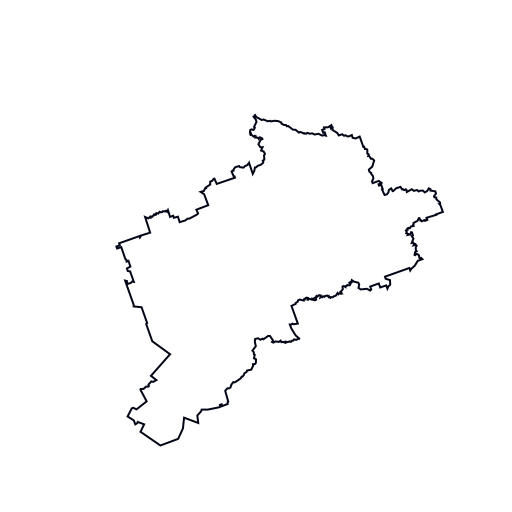 outline of Warrumbungle, New South Wales, Australia, rotated 242°
{"feature_id": "25037944B19485668266020", "entity_name": "Warrumbungle", "entity_type": "district", "adm_level": 2, "iso_a3": "AUS", "parent_name": "Australia", "parent_adm1": "New South Wales", "projection": "orthographic", "projection_center": [149.548, -31.455], "detail": "fine", "context": "isolated", "style": "outline", "palette": "ink", "viewbox_px": 512, "rotation_deg": 242, "n_neighbors": 0, "source": "geoboundaries", "source_scale": "gbopen_adm2", "svg_char_len": 6137}
<svg xmlns="http://www.w3.org/2000/svg" viewBox="0 0 512 512"><g transform="rotate(242 256 256)"><path d="M182.4,219.2L180.0,220.6L179.9,223.1L179.0,223.4L179.7,229.2L178.8,230.8L173.2,231.4L172.6,229.8L171.4,230.6L171.3,233.4L169.4,235.8L169.7,238.0L168.0,238.0L167.2,239.9L165.8,240.9L166.4,241.4L165.8,242.0L166.2,242.3L165.2,243.2L164.7,245.9L163.8,246.4L164.3,248.2L163.8,249.2L164.5,250.5L163.1,252.1L162.9,254.9L162.1,255.7L167.3,253.7L175.5,253.2L179.6,253.7L178.9,254.9L179.2,256.4L178.0,257.3L176.7,261.2L195.3,263.9L195.1,268.5L195.9,269.0L196.1,271.4L197.1,272.2L197.0,274.2L194.2,277.3L195.2,278.2L194.7,278.6L195.6,280.0L194.9,280.9L195.3,281.3L194.6,282.1L193.3,281.0L192.9,281.6L193.3,282.8L191.5,284.6L192.0,285.4L191.1,285.6L191.3,287.1L190.2,286.1L189.2,287.3L189.2,288.6L190.8,289.1L192.3,290.7L191.3,291.2L191.9,293.2L190.8,294.6L189.1,293.3L189.2,295.1L188.5,295.4L188.9,296.3L187.9,297.3L188.3,297.8L187.6,300.4L186.7,300.7L186.6,301.4L185.4,300.9L185.0,301.8L184.2,302.0L184.6,302.8L183.5,304.4L183.9,305.8L183.5,307.9L185.0,310.6L183.7,310.7L184.0,311.5L183.0,312.9L184.0,313.2L183.1,314.1L184.7,314.1L185.9,317.0L188.4,318.1L188.3,319.4L186.7,320.4L187.4,320.7L187.0,322.2L187.5,323.0L186.1,325.0L187.2,326.6L188.5,325.8L188.8,327.5L188.1,328.4L189.6,329.3L187.1,330.7L184.4,333.8L182.3,333.7L179.7,331.5L177.3,332.8L175.0,338.5L171.9,340.6L172.3,342.0L175.4,342.5L174.1,351.5L169.9,350.9L168.9,357.1L165.5,356.7L167.0,358.5L167.6,361.0L171.8,363.0L175.1,359.8L177.2,360.2L173.4,385.8L170.8,385.4L171.8,387.1L172.9,391.6L175.8,396.6L175.1,401.4L176.8,400.9L177.6,399.4L180.1,400.2L181.9,399.4L182.5,398.6L182.0,396.9L182.6,396.5L184.8,398.4L184.8,400.1L186.2,399.9L188.9,401.3L189.7,402.7L191.0,402.3L191.4,400.4L192.2,401.9L193.1,400.9L193.9,401.1L194.4,399.6L197.5,403.2L200.4,402.9L200.5,404.2L203.6,404.8L204.2,404.1L202.6,402.3L203.3,399.9L203.9,400.8L205.5,399.3L206.3,400.3L207.9,400.3L207.8,401.1L208.6,401.5L208.2,402.4L209.2,402.8L209.3,403.7L208.3,404.7L209.3,406.6L208.6,409.2L209.6,409.1L209.9,410.0L211.2,410.5L211.2,415.0L213.0,417.6L212.7,418.1L210.2,417.8L210.1,418.4L208.9,418.6L208.5,422.0L207.7,421.9L207.4,424.2L209.7,424.5L207.7,434.5L208.2,434.6L207.2,441.7L214.5,442.7L215.8,442.3L215.6,443.0L216.7,443.6L221.4,441.9L223.0,442.6L224.0,441.1L225.2,441.2L226.7,444.3L228.9,444.7L231.9,440.7L233.1,441.4L234.6,440.4L233.1,437.8L232.9,434.9L235.4,434.0L236.6,431.7L236.7,429.9L238.6,429.2L239.4,426.0L241.8,424.9L241.7,419.2L243.9,419.9L244.6,419.5L244.6,417.8L246.0,417.1L246.1,416.3L249.2,416.0L250.0,411.5L248.9,407.7L249.1,407.1L252.2,407.1L252.0,404.5L249.9,402.6L249.0,400.6L249.5,398.2L255.7,398.5L255.6,399.3L260.0,400.0L260.4,397.7L261.8,397.9L261.7,401.1L264.6,399.7L265.6,393.2L267.5,393.5L269.3,396.0L271.7,396.8L274.4,396.3L275.3,396.7L277.1,395.7L279.3,396.2L280.3,400.6L284.9,405.2L287.4,404.3L287.9,403.1L291.2,402.9L291.6,402.0L292.8,403.2L294.3,402.4L297.4,404.1L298.3,404.0L299.8,401.7L299.7,402.5L301.7,402.8L301.9,402.0L312.8,403.6L313.0,399.1L315.0,396.8L317.8,397.4L318.0,394.2L318.8,392.8L320.6,391.7L320.8,390.2L323.0,389.3L323.6,385.7L326.5,385.5L331.5,382.7L333.1,383.8L333.3,382.0L335.2,382.3L335.0,383.8L336.2,384.0L335.8,380.1L337.6,376.4L336.0,376.1L336.3,373.6L333.2,373.2L333.0,374.7L329.5,374.2L330.8,372.8L331.2,371.0L334.6,368.5L335.7,364.8L337.9,363.2L338.8,360.7L340.6,359.2L340.4,357.8L341.8,356.3L341.5,355.9L344.8,353.4L344.7,351.9L348.8,350.2L350.2,348.0L355.7,345.4L356.0,344.2L357.6,343.9L358.7,342.1L361.0,340.6L362.0,341.0L364.5,339.1L366.7,335.9L367.8,332.4L368.7,332.0L369.4,329.7L373.0,326.7L373.3,325.0L378.8,321.4L380.9,321.4L380.9,320.7L379.7,320.1L379.9,319.3L376.5,319.9L374.2,319.4L370.9,314.9L369.8,315.2L368.7,313.6L368.5,312.9L369.9,311.5L369.9,310.0L367.6,308.5L367.3,309.2L365.9,308.6L365.4,307.2L365.3,309.0L362.6,309.9L362.7,311.5L361.9,312.0L360.9,311.0L359.2,313.7L358.3,313.5L358.9,315.3L357.0,316.6L356.3,316.6L356.4,314.6L353.5,310.6L350.0,310.9L349.0,312.9L346.7,310.0L344.8,311.8L342.0,311.9L341.0,310.3L337.2,308.6L337.0,306.7L335.5,306.6L334.8,305.7L334.3,303.1L334.8,299.6L334.2,297.8L334.7,296.6L332.0,294.5L330.0,291.7L341.4,293.6L340.6,292.6L341.0,292.1L340.3,291.1L340.6,288.7L339.9,286.5L342.0,283.5L343.4,283.2L344.1,279.3L343.3,277.4L341.9,276.1L342.4,275.5L342.1,274.1L336.7,273.7L336.4,274.4L335.0,274.2L338.1,255.2L343.8,255.6L343.9,254.4L342.9,252.7L343.2,250.5L340.6,249.1L340.1,244.2L339.3,243.8L339.7,242.9L337.9,240.5L338.6,237.2L334.9,239.2L323.3,237.7L324.9,225.1L320.7,224.8L320.3,223.3L320.3,214.7L321.1,213.0L320.6,210.3L321.7,204.5L327.4,205.5L328.3,201.4L330.4,201.8L330.9,198.5L337.9,199.8L336.9,198.3L337.8,198.2L337.8,197.3L338.3,197.1L338.1,196.6L339.3,194.6L338.8,193.8L339.2,192.5L340.3,191.6L339.3,189.6L340.5,188.5L340.5,187.5L339.5,187.1L339.8,185.3L340.4,185.3L339.3,182.9L340.4,181.6L339.3,180.9L340.2,180.2L339.8,178.6L342.5,176.4L326.3,173.5L328.2,163.3L327.4,163.2L326.9,162.2L328.3,162.4L331.5,141.1L329.4,140.8L329.9,137.2L327.8,136.9L327.1,141.2L314.6,139.2L313.4,139.8L311.8,139.1L311.6,141.1L305.6,140.1L305.6,136.2L303.0,135.7L301.5,137.6L290.5,136.0L291.6,134.7L291.0,133.1L291.5,129.9L293.5,129.6L294.4,130.3L295.7,128.9L269.9,125.0L268.9,124.3L264.5,130.9L247.9,128.4L247.5,127.1L229.4,124.4L209.6,134.0L199.5,107.0L193.2,109.8L193.1,106.1L194.4,104.7L193.0,100.7L191.5,100.4L191.2,99.7L192.3,97.4L191.4,94.3L192.7,91.8L192.2,91.2L179.0,91.2L176.7,78.5L179.6,76.3L179.8,74.8L174.6,67.3L168.2,70.9L164.0,70.4L164.2,72.7L165.0,73.7L159.9,78.2L155.0,71.5L133.6,82.6L131.1,101.4L138.0,110.5L147.0,116.6L135.7,126.6L142.7,129.3L144.6,134.5L145.9,135.9L143.0,141.4L139.9,151.8L139.6,153.9L141.4,154.2L141.2,156.0L139.4,155.8L138.6,161.5L140.1,162.1L140.4,163.1L151.4,165.5L152.6,168.6L151.8,170.2L151.9,171.8L153.9,173.7L155.3,176.7L154.5,177.6L154.5,179.4L155.1,185.0L156.2,186.7L155.8,187.3L156.4,189.0L157.8,190.6L158.1,193.3L159.1,194.2L157.9,198.5L160.4,201.9L161.9,202.5L161.1,204.2L161.8,205.8L164.8,207.5L166.6,206.2L169.4,208.5L170.2,208.0L172.2,208.9L174.1,208.4L176.5,213.5L180.8,214.7L183.1,216.2L182.4,219.2Z" fill="none" stroke="#020617" stroke-width="2"/></g></svg>